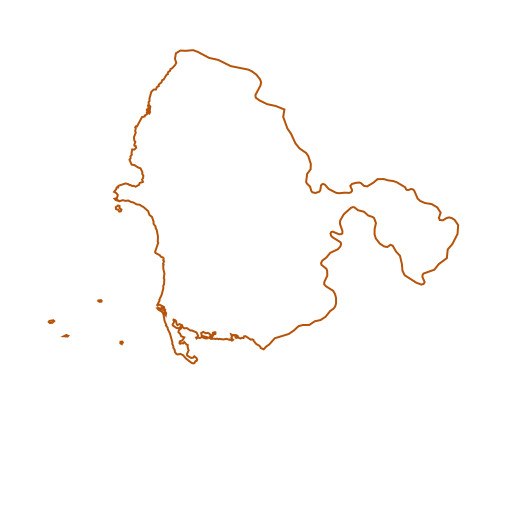 San Fernando de Monte Cristi, Monte Cristi, Dominican Republic, rotated 298°
{"feature_id": "3306468B8968248816263", "entity_name": "San Fernando de Monte Cristi", "entity_type": "district", "adm_level": 2, "iso_a3": "DOM", "parent_name": "Dominican Republic", "parent_adm1": "Monte Cristi", "projection": "natural_earth1", "projection_center": [-71.673, 19.756], "detail": "fine", "context": "isolated", "style": "outline", "palette": "amber", "viewbox_px": 512, "rotation_deg": 298, "n_neighbors": 0, "source": "geoboundaries", "source_scale": "gbopen_adm2", "svg_char_len": 6098}
<svg xmlns="http://www.w3.org/2000/svg" viewBox="0 0 512 512"><g transform="rotate(298 256 256)"><path d="M381.1,414.5L381.4,411.2L380.8,408.5L379.1,406.6L375.2,404.2L374.1,401.4L375.5,399.6L380.9,398.7L384.0,393.3L384.3,386.7L382.1,380.3L381.7,375.2L382.6,371.7L387.7,365.4L388.5,363.7L388.0,361.4L385.8,359.6L385.2,358.2L385.4,357.1L386.7,355.5L387.2,345.8L386.6,341.9L384.9,337.5L383.9,332.7L380.9,327.2L376.0,325.3L369.7,321.5L368.6,318.5L369.6,314.6L369.4,312.8L367.6,310.0L364.8,307.0L362.2,306.3L359.4,309.8L358.4,310.2L356.8,309.9L355.5,308.7L353.5,304.5L350.3,299.7L349.4,297.0L349.3,288.7L351.3,283.5L351.2,281.6L350.4,280.7L348.8,280.3L344.2,281.9L342.5,281.7L339.6,279.0L338.7,275.9L339.4,274.3L342.6,271.2L343.9,267.0L344.9,265.5L352.5,262.6L358.2,263.5L363.0,261.2L368.9,255.1L370.5,251.9L371.4,244.0L374.0,237.9L380.4,229.5L383.3,223.9L391.6,214.7L398.7,212.3L397.7,203.0L395.3,194.5L395.0,186.0L395.7,181.4L397.9,179.9L408.6,179.9L411.8,179.0L413.9,176.6L416.3,171.2L417.1,165.9L417.0,161.9L411.8,144.5L411.4,130.6L408.9,121.6L408.9,108.5L408.2,103.8L404.2,97.7L401.9,92.8L397.4,90.1L392.0,91.9L389.2,94.9L386.4,94.9L382.1,93.7L381.1,92.8L378.8,93.1L377.6,92.2L376.0,92.2L375.3,92.8L373.8,91.9L368.4,91.6L367.2,90.6L364.9,91.0L362.3,89.8L361.0,89.8L360.5,90.4L358.5,89.2L356.0,89.5L355.0,87.6L351.9,86.5L345.0,88.0L343.0,89.2L341.5,88.9L339.7,90.1L338.2,90.0L336.7,91.3L336.7,92.2L338.7,91.6L338.4,92.5L334.4,93.9L333.4,94.9L331.6,94.9L331.6,94.0L332.3,93.0L335.7,93.0L335.7,92.2L334.4,91.0L333.6,91.0L332.9,92.2L331.4,92.2L330.8,93.1L329.8,93.1L328.0,91.9L327.0,92.2L325.0,90.1L314.6,90.1L314.3,89.2L313.0,88.9L312.5,89.8L309.5,90.7L308.5,91.9L303.4,92.5L300.6,94.6L300.1,95.9L296.8,96.4L296.3,97.0L296.6,98.2L295.3,99.4L292.7,98.5L292.0,96.7L288.1,97.9L287.1,98.8L285.1,98.4L283.3,99.4L281.6,99.1L278.3,103.3L279.2,106.0L278.8,110.2L279.2,112.9L276.7,116.3L275.2,116.9L274.2,118.7L272.2,119.6L269.9,119.6L268.4,121.4L265.8,119.0L264.0,119.3L260.7,117.2L260.5,115.1L259.7,113.8L259.7,111.7L259.2,111.1L259.5,109.3L258.7,106.6L253.6,101.8L252.9,101.5L251.8,102.1L251.1,100.8L249.3,101.2L246.0,100.6L246.0,103.0L245.0,105.4L241.7,106.0L240.2,104.2L239.7,105.4L239.7,106.6L240.4,106.9L240.4,107.8L239.9,107.5L240.2,109.6L242.7,112.1L243.5,115.1L245.0,117.1L245.0,120.2L245.7,122.6L245.5,126.2L246.7,129.4L246.3,131.6L246.5,133.3L245.0,139.7L242.2,142.7L241.7,145.7L238.4,149.3L236.3,150.5L234.8,153.6L233.6,154.2L232.5,156.0L227.3,160.2L222.4,162.6L221.9,163.4L212.2,165.0L211.5,165.9L211.5,170.7L210.7,172.5L211.0,174.9L210.2,175.8L208.7,176.1L208.2,177.3L205.4,177.6L204.9,178.6L204.1,178.5L201.0,180.3L197.5,183.4L192.9,185.1L192.4,186.0L187.8,188.1L186.1,188.1L183.8,189.4L177.4,190.9L171.8,191.2L171.3,191.8L166.2,191.8L166.0,192.4L167.3,192.9L167.7,193.9L167.8,198.7L166.2,199.9L165.8,201.1L164.7,201.1L163.4,203.5L161.4,204.1L162.7,202.0L164.7,200.8L164.7,199.6L165.5,199.3L166.0,197.8L166.0,196.8L165.3,196.8L165.0,197.5L164.0,197.2L164.5,194.4L163.5,193.3L162.7,195.4L162.7,199.0L161.4,201.4L155.6,205.9L153.0,209.2L152.3,209.2L151.3,211.6L150.0,212.5L147.2,216.4L140.4,222.8L139.1,223.3L137.5,225.4L136.0,226.3L135.0,228.2L133.2,229.4L132.2,231.5L132.2,233.0L134.0,235.1L134.2,238.1L132.5,242.6L131.4,249.2L131.7,251.0L132.5,251.9L134.7,251.9L135.5,252.8L136.8,252.8L138.0,251.3L138.5,248.6L136.8,248.3L135.5,246.5L135.8,242.0L136.8,241.1L141.1,240.8L143.4,238.4L145.4,237.5L145.2,236.3L146.4,233.0L144.6,232.7L144.1,231.2L142.9,230.3L143.1,229.4L144.9,228.8L146.9,230.6L150.5,230.9L150.0,227.6L151.8,225.4L152.3,223.3L154.0,222.7L157.1,223.9L158.4,223.6L158.1,222.7L156.1,221.8L155.1,219.7L155.6,215.2L156.3,214.6L159.9,214.6L160.7,213.1L161.2,213.1L161.4,214.9L160.9,216.1L158.6,217.9L158.1,219.1L159.9,220.3L160.2,223.3L159.1,223.9L158.4,226.6L159.9,228.8L159.4,233.0L160.1,234.2L160.6,239.3L158.4,242.3L157.1,242.3L155.8,241.4L155.3,242.3L156.8,242.9L157.1,244.7L159.1,246.5L159.4,249.8L160.6,251.9L161.4,251.9L161.4,251.3L160.1,245.6L162.2,243.8L164.2,245.0L164.2,248.0L165.5,249.5L165.5,251.4L164.5,254.0L166.0,254.6L168.0,254.0L169.5,255.5L169.5,256.1L168.0,256.7L167.3,255.5L163.7,255.2L162.9,254.3L163.0,253.1L161.9,253.1L161.7,255.2L163.4,257.9L163.7,259.4L164.7,260.3L165.0,262.1L165.7,262.7L167.0,266.4L169.0,268.8L169.5,271.8L170.1,272.1L170.0,274.5L171.3,275.1L171.6,273.6L172.4,272.6L173.3,272.7L175.1,270.9L175.1,273.0L175.7,273.2L176.9,276.0L176.6,277.5L175.9,277.2L175.1,275.6L174.4,276.3L174.4,277.1L175.6,278.4L175.9,281.1L177.0,281.7L177.7,283.5L179.4,283.2L180.3,284.4L179.7,290.7L180.7,291.9L180.7,293.1L180.0,293.7L178.4,297.6L178.4,300.6L177.9,302.4L177.0,303.3L177.2,306.6L180.8,307.5L184.1,309.2L192.2,311.2L202.5,321.5L208.0,324.4L214.0,326.5L217.0,329.7L220.2,335.5L225.9,338.5L229.7,343.0L235.1,346.0L242.2,347.3L246.0,349.2L248.5,349.6L251.6,349.0L256.5,346.4L259.6,343.5L261.5,340.4L262.1,332.0L263.0,329.5L265.2,328.5L272.1,328.2L276.3,325.8L277.8,324.1L278.9,318.0L280.2,316.8L283.1,316.7L287.5,318.8L293.7,320.1L300.4,325.1L303.8,326.0L306.4,325.6L307.8,324.3L308.5,314.6L309.2,312.7L310.9,311.2L312.7,311.3L313.5,312.3L314.2,319.2L315.3,321.0L316.5,321.6L318.6,320.6L323.7,315.1L326.7,313.7L334.0,313.9L343.3,317.3L344.6,318.5L345.2,320.1L344.3,324.5L345.8,330.6L344.4,336.1L345.2,340.7L344.9,342.5L341.3,346.5L335.7,348.0L330.8,350.5L327.7,353.6L325.0,359.7L324.6,364.7L325.6,367.7L329.0,369.5L329.3,371.8L325.7,377.5L323.8,383.0L317.4,388.6L311.8,392.2L308.8,396.3L307.7,410.1L308.4,415.4L310.0,417.1L312.2,417.1L315.6,412.8L317.2,412.0L319.1,412.1L327.6,419.9L334.7,421.2L343.7,425.5L351.8,422.2L358.8,423.8L370.0,423.6L378.2,420.0L381.1,414.5ZM235.9,110.6L233.3,109.3L231.8,110.2L232.0,113.0L231.0,114.4L232.0,115.7L233.8,115.4L234.3,112.9L236.1,112.0L235.9,110.6ZM101.7,104.1L100.5,103.9L100.0,105.4L101.5,107.6L103.8,108.4L104.1,107.2L101.7,104.1ZM97.2,125.6L94.9,124.0L96.4,127.4L97.4,127.7L97.2,125.6ZM116.7,176.6L115.2,177.3L115.2,178.8L116.0,178.5L117.0,179.1L117.7,178.2L116.7,176.6ZM142.6,137.6L142.2,137.8L142.1,139.4L143.1,140.9L143.9,140.8L144.2,139.7L142.6,137.6Z" fill="none" stroke="#b45309" stroke-width="2"/></g></svg>